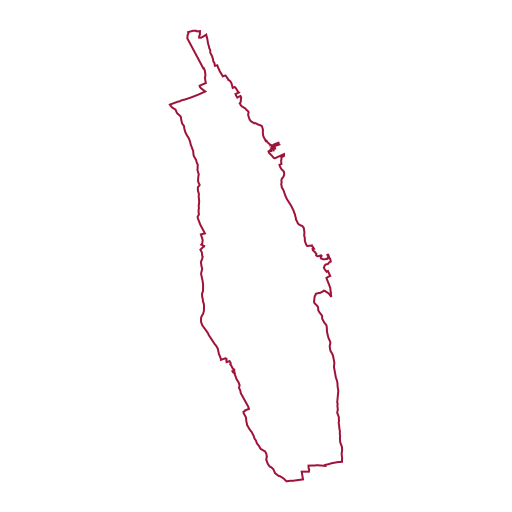 outline of Rachitoasa, Bacau, Romania
{"feature_id": "2599482B49399369103470", "entity_name": "Rachitoasa", "entity_type": "district", "adm_level": 2, "iso_a3": "ROU", "parent_name": "Romania", "parent_adm1": "Bacau", "projection": "equal_earth", "projection_center": [27.372, 46.464], "detail": "fine", "context": "isolated", "style": "outline", "palette": "rose", "viewbox_px": 512, "rotation_deg": 0, "n_neighbors": 0, "source": "geoboundaries", "source_scale": "gbopen_adm2", "svg_char_len": 6054}
<svg xmlns="http://www.w3.org/2000/svg" viewBox="0 0 512 512"><path d="M331.3,296.9L330.9,294.3L330.9,292.4L330.5,290.4L330.3,288.1L329.0,284.5L326.4,278.0L328.2,276.8L330.2,275.9L327.9,271.0L326.6,271.8L324.7,269.3L323.9,267.7L324.3,266.4L325.4,264.6L327.9,264.0L329.0,262.6L330.8,261.5L330.2,259.0L329.0,257.1L328.6,255.4L328.0,254.6L327.4,254.9L328.6,257.2L327.6,257.9L327.8,258.6L327.2,259.0L323.8,259.3L322.7,259.2L321.9,258.7L321.1,258.5L320.8,258.2L320.8,257.5L321.0,256.7L321.6,255.9L320.9,255.3L318.9,256.1L317.9,256.3L317.1,256.1L316.1,255.2L316.4,253.9L315.4,252.8L315.2,252.2L314.0,251.4L313.0,250.3L312.6,249.1L314.0,248.8L312.8,246.8L311.6,245.9L311.7,245.5L307.2,246.0L306.3,244.8L305.0,241.4L304.8,240.2L304.8,237.8L304.1,235.3L304.4,233.5L304.3,231.4L303.7,227.7L303.2,227.3L302.4,226.0L300.2,225.2L298.7,224.3L297.6,222.9L297.1,221.5L295.9,219.4L295.9,218.2L295.3,216.3L295.0,214.5L294.3,212.9L293.4,210.3L291.0,205.5L286.9,199.1L285.2,195.3L283.5,190.3L281.7,187.1L281.6,185.6L281.2,184.4L281.6,182.7L281.4,180.6L281.8,178.7L283.3,177.0L284.2,174.7L284.1,172.5L283.6,171.3L281.5,169.2L280.8,168.1L279.7,165.9L279.5,164.8L281.4,164.0L281.1,160.7L281.5,159.0L281.3,157.2L283.8,156.2L284.1,154.9L284.0,154.1L274.8,158.3L273.8,158.0L271.9,155.7L269.2,153.1L268.5,151.5L268.5,151.3L268.8,151.2L271.4,151.1L271.3,150.4L270.4,150.4L270.2,150.1L270.4,149.7L270.9,149.5L273.0,149.5L273.6,150.1L273.8,149.3L273.3,149.2L274.2,148.9L273.2,148.9L273.0,148.7L275.1,148.5L275.0,148.1L272.3,148.4L271.7,148.0L272.3,147.8L272.4,147.3L274.3,146.7L275.4,145.8L278.9,144.6L278.2,144.1L273.0,146.6L272.8,146.0L276.0,144.2L277.7,143.7L277.8,143.3L278.6,143.0L278.5,142.7L274.6,144.2L271.6,145.9L271.1,145.1L270.3,145.4L269.9,144.4L267.5,142.3L266.5,140.7L265.8,141.1L264.5,138.5L263.6,136.9L263.0,134.8L262.8,131.8L263.0,129.9L262.0,126.4L261.4,125.7L257.8,124.4L256.5,123.6L255.1,123.1L254.3,123.3L254.1,123.0L252.9,122.5L251.2,121.5L250.1,120.2L249.4,119.0L248.4,115.9L248.1,114.2L248.6,112.7L248.5,111.9L248.0,111.2L246.2,109.6L245.4,108.5L241.9,106.4L241.0,105.5L240.6,105.0L240.4,104.3L239.8,103.4L240.1,103.2L240.9,101.1L240.8,99.8L241.2,97.7L240.8,96.6L240.4,96.0L237.3,97.6L236.0,95.4L235.5,94.0L238.9,92.5L237.8,91.4L235.9,88.2L234.7,87.0L232.7,87.9L231.4,83.0L230.0,80.9L228.1,79.7L228.1,79.1L225.5,75.5L223.6,76.0L222.9,76.4L219.8,71.4L219.2,70.1L219.3,69.9L218.2,67.9L217.3,65.3L214.9,65.8L214.7,65.1L214.5,63.2L213.2,61.0L213.0,59.0L212.4,57.6L212.3,56.6L210.3,52.8L210.2,50.1L209.2,48.0L209.0,46.6L208.0,43.3L207.3,38.9L206.2,34.6L204.6,35.8L201.1,37.7L199.8,37.7L199.1,37.6L199.1,37.2L199.2,36.3L200.0,34.1L199.8,33.3L200.0,32.1L199.8,32.0L199.9,31.1L197.2,31.4L196.3,31.2L196.2,30.8L193.4,30.7L188.1,32.1L188.4,33.5L187.6,34.9L187.5,37.1L187.3,38.3L203.4,68.5L203.9,68.3L204.8,70.6L205.4,74.4L205.3,76.5L204.9,77.4L205.4,80.9L205.9,83.0L199.6,85.7L199.8,86.7L200.8,88.1L205.3,91.5L198.6,94.5L190.7,97.6L184.7,99.6L182.3,100.1L180.9,100.6L179.7,101.4L179.1,101.4L177.5,101.8L169.9,104.6L170.5,105.6L172.1,107.5L175.5,109.6L177.0,113.1L180.5,116.3L181.0,117.7L181.2,119.6L182.0,123.1L182.8,124.5L183.9,125.8L184.4,129.0L185.5,132.6L187.0,135.5L188.6,137.9L189.9,141.0L190.7,144.5L193.2,151.1L193.5,154.9L193.9,156.2L196.1,160.0L196.6,162.1L197.8,164.9L197.6,166.6L197.7,167.7L197.5,169.1L197.5,170.2L198.8,174.6L198.4,175.9L198.0,180.5L198.5,182.7L199.6,184.7L199.5,185.4L198.0,187.0L197.8,188.4L198.0,191.0L198.9,193.9L198.7,196.7L199.2,201.4L198.9,204.7L198.7,205.3L198.9,208.2L198.5,210.7L198.9,214.6L197.8,216.4L197.6,217.2L197.9,218.4L200.3,224.7L204.9,233.4L200.9,234.4L202.7,240.1L202.3,243.2L202.0,243.9L201.3,244.6L204.2,246.0L204.1,246.3L203.9,246.2L200.4,249.7L201.7,252.1L202.0,253.5L202.2,255.9L202.7,256.9L202.0,259.4L200.9,262.0L201.4,265.7L202.2,268.9L201.2,272.9L201.1,274.0L202.6,280.9L203.1,284.6L203.0,291.1L202.0,293.7L202.1,296.4L202.7,298.7L203.0,301.6L203.8,303.7L204.0,306.1L203.9,310.9L203.0,314.1L202.0,315.5L201.2,317.3L201.0,319.1L201.1,322.1L202.3,325.3L206.8,331.5L208.1,333.4L208.6,334.8L214.7,344.1L216.1,345.7L217.8,348.7L219.0,354.3L220.2,356.9L220.9,359.0L220.9,359.8L225.5,358.3L225.7,358.6L226.5,358.9L226.4,360.8L226.6,362.1L229.5,361.1L230.7,363.1L230.3,364.3L230.5,364.8L231.0,365.1L232.7,368.5L234.1,369.5L233.6,370.2L233.5,370.6L233.8,370.8L232.4,371.2L232.5,371.5L233.5,372.7L234.3,372.6L234.7,372.9L234.9,373.6L234.7,374.0L236.7,379.5L238.4,382.0L239.6,385.2L239.0,387.8L240.5,391.1L240.5,392.1L240.9,393.4L248.1,406.4L248.9,408.6L249.0,409.0L248.7,409.2L247.5,409.4L244.4,410.7L245.2,410.7L243.4,411.9L243.6,413.1L246.0,417.5L246.3,421.3L246.9,423.6L247.0,424.8L249.0,428.4L251.1,431.4L251.5,431.7L253.7,436.0L254.6,438.8L255.3,439.5L256.4,441.7L256.8,443.2L258.8,445.7L260.6,448.9L265.0,451.4L265.4,451.9L266.4,454.1L266.6,455.0L266.6,456.1L266.9,456.7L266.3,458.7L266.4,459.4L266.2,459.9L266.8,460.9L267.0,462.0L268.3,464.7L269.5,466.2L269.9,466.7L271.3,467.3L273.2,469.0L275.1,473.2L278.6,475.9L280.0,476.2L283.5,478.4L286.5,481.3L290.8,480.7L291.9,480.9L303.0,479.4L301.7,471.7L308.9,471.7L309.2,469.4L308.6,468.3L308.5,465.6L314.7,465.5L316.9,465.2L325.3,465.9L325.0,465.0L329.3,464.0L331.7,463.2L337.9,462.1L342.0,461.8L342.1,457.9L341.6,453.9L342.1,450.3L342.0,447.1L340.2,442.2L339.9,438.3L340.1,435.8L339.8,433.9L339.9,431.2L339.3,428.0L339.1,425.3L338.7,423.2L339.0,420.4L338.8,418.7L338.9,417.5L337.9,414.4L337.4,413.4L337.2,412.6L337.8,409.6L337.4,405.5L337.7,403.7L337.2,402.5L338.3,390.9L337.6,386.4L337.4,382.7L336.8,380.1L336.1,378.3L335.5,376.0L335.5,375.2L335.0,372.9L334.5,369.7L334.0,367.8L334.1,364.7L334.4,363.6L334.1,361.1L333.3,357.5L333.4,357.2L332.5,354.3L330.5,350.9L330.0,348.8L329.7,346.1L330.4,342.7L330.0,341.3L328.4,337.7L327.9,335.8L327.0,331.8L326.8,327.6L326.4,325.2L324.2,322.5L322.2,318.8L322.1,315.8L319.2,312.0L318.5,310.6L318.2,310.0L318.1,307.6L317.7,306.4L314.5,303.1L314.0,301.9L314.7,296.2L315.5,295.1L315.8,293.8L318.7,293.0L319.9,293.0L323.5,291.1L323.7,290.7L324.8,290.9L328.8,293.5L331.3,296.9Z" fill="none" stroke="#9f1239" stroke-width="2"/></svg>